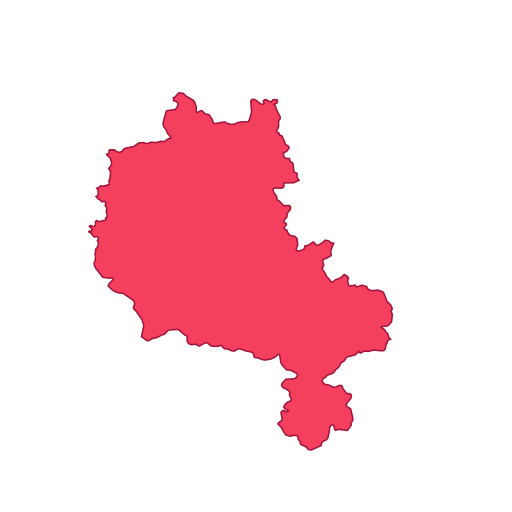 Nguyen Binh, Cao Bằng, Vietnam (orthographic projection), rotated 39°
{"feature_id": "81297802B34664406606726", "entity_name": "Nguyen Binh", "entity_type": "district", "adm_level": 2, "iso_a3": "VNM", "parent_name": "Vietnam", "parent_adm1": "Cao Bằng", "projection": "orthographic", "projection_center": [105.947, 22.647], "detail": "fine", "context": "isolated", "style": "filled", "palette": "rose", "viewbox_px": 512, "rotation_deg": 39, "n_neighbors": 0, "source": "geoboundaries", "source_scale": "gbopen_adm2", "svg_char_len": 6117}
<svg xmlns="http://www.w3.org/2000/svg" viewBox="0 0 512 512"><g transform="rotate(39 256 256)"><path d="M217.8,390.7L223.5,390.5L225.2,390.1L226.0,389.1L227.6,385.1L230.4,381.6L232.8,376.1L233.9,374.9L234.5,369.3L235.1,368.1L241.2,362.5L243.2,362.0L249.9,362.3L252.6,361.7L253.5,362.2L255.3,364.7L257.3,366.2L260.0,366.3L262.0,365.4L264.4,362.5L268.1,362.1L268.8,361.4L271.0,355.7L271.9,354.9L273.3,354.1L277.4,354.2L279.4,353.3L283.7,349.8L284.3,348.3L285.2,347.4L289.7,348.0L292.7,346.0L296.1,345.2L298.5,344.0L299.0,343.6L300.2,340.1L301.8,338.3L307.6,336.3L311.7,334.1L314.0,333.3L315.4,333.5L318.2,335.7L319.1,335.6L321.1,334.2L326.2,332.5L328.5,331.2L332.2,327.0L333.8,324.0L334.9,320.5L334.9,318.9L335.5,317.9L336.6,318.0L342.2,323.0L344.2,324.1L346.0,324.5L351.6,325.2L354.5,323.1L360.2,321.8L362.7,322.0L363.3,322.8L363.7,324.2L363.4,327.0L356.8,332.9L356.4,337.5L356.7,339.7L358.2,340.9L360.5,341.2L363.8,340.3L367.0,340.2L367.8,340.6L369.8,343.3L373.9,345.1L374.1,346.0L373.7,347.4L372.3,350.1L372.0,353.6L372.7,355.9L373.2,356.3L375.6,356.4L378.6,355.7L377.8,358.2L374.9,358.5L374.1,359.1L373.8,360.6L374.0,362.1L379.3,366.5L379.4,368.0L378.4,371.5L378.5,372.4L378.9,372.8L382.9,373.1L388.9,375.5L392.0,376.3L396.0,374.6L398.2,371.6L401.6,369.4L404.0,371.8L407.2,372.4L408.4,373.9L409.4,374.3L415.5,372.8L418.4,373.5L420.9,372.2L425.9,362.5L424.8,360.2L424.7,358.7L425.1,357.1L426.5,354.3L426.0,350.9L425.1,349.9L423.6,346.5L421.1,342.8L421.0,340.1L421.5,339.2L422.7,338.6L426.2,341.2L427.7,341.4L428.6,339.4L429.4,338.7L436.8,334.1L436.6,328.7L436.3,327.3L434.9,326.2L434.7,322.8L432.6,320.5L425.6,315.1L422.2,315.8L419.8,315.3L419.3,312.7L419.3,307.6L418.6,305.2L417.4,304.0L416.1,303.9L414.8,304.4L414.0,305.3L412.2,305.5L407.7,304.6L404.6,302.9L403.9,302.9L402.0,304.2L400.6,307.8L398.1,309.4L394.3,310.2L389.8,312.5L386.8,312.1L385.4,310.3L385.4,308.7L386.3,307.0L386.5,303.7L389.3,299.1L389.7,297.7L389.5,293.3L390.2,291.3L390.2,289.8L389.3,285.7L390.6,281.9L390.1,278.2L390.8,276.5L395.1,270.8L395.7,268.4L395.6,265.6L396.9,266.0L398.3,265.7L400.0,261.9L404.0,258.9L405.3,256.6L408.2,254.0L413.6,250.5L414.8,249.1L414.9,248.1L414.9,246.9L412.8,242.8L412.8,241.5L411.7,239.6L411.9,237.8L412.9,236.0L410.1,235.5L407.2,233.4L405.0,233.5L403.9,232.8L401.8,232.3L398.1,232.6L398.6,231.3L402.4,227.3L402.8,221.9L398.8,215.6L395.5,213.8L395.5,212.3L394.6,210.8L391.2,209.2L386.2,208.7L379.4,204.8L377.9,204.1L376.4,204.2L372.3,205.7L368.1,209.8L364.7,211.3L363.1,211.1L361.0,210.0L358.0,211.7L356.9,211.7L353.9,216.5L353.0,216.7L351.4,216.2L347.7,220.4L347.0,220.5L345.4,219.7L342.9,217.8L341.7,214.8L340.0,214.4L336.2,214.8L335.4,220.0L332.7,224.5L332.2,227.3L331.1,228.5L330.1,228.8L327.7,228.0L323.4,227.4L319.8,225.5L316.0,224.7L314.7,222.7L314.8,220.9L310.6,217.6L310.5,216.2L312.5,212.8L314.0,208.9L314.0,208.0L311.1,205.5L309.1,199.9L308.6,197.4L308.2,197.0L306.6,198.5L303.3,198.4L300.0,200.0L299.7,200.4L299.4,203.2L297.8,207.9L296.3,209.5L295.2,209.6L292.7,208.8L291.5,209.2L289.9,214.8L287.7,217.4L289.0,220.0L286.9,224.5L284.6,226.2L284.1,226.3L282.4,224.7L281.6,221.3L277.0,216.6L274.0,216.3L269.0,218.6L266.0,217.8L263.6,216.4L260.6,217.2L260.0,216.5L260.0,212.7L259.6,212.1L258.4,211.7L256.2,212.1L255.6,211.4L255.3,209.1L255.6,206.8L255.2,205.7L253.4,203.3L253.5,198.9L252.4,196.4L250.3,195.7L245.9,199.3L245.1,199.4L239.1,198.6L236.9,199.1L235.1,197.2L233.8,196.4L230.1,195.5L227.3,193.7L227.1,192.9L228.0,191.2L233.4,187.0L234.1,185.5L233.8,184.0L231.7,182.2L231.7,181.7L239.2,175.4L241.8,170.1L238.4,169.1L236.1,166.1L234.9,166.1L233.2,166.8L232.4,166.5L226.4,160.8L225.7,160.6L223.0,161.0L220.7,159.2L217.5,161.4L216.0,161.5L214.9,161.0L212.4,158.7L214.0,155.4L213.8,151.7L213.1,150.6L211.6,150.2L209.0,150.8L200.8,146.4L197.4,147.2L196.7,146.0L194.4,146.4L193.2,146.0L192.6,142.4L191.5,140.3L188.7,137.1L188.4,134.2L187.9,133.4L187.1,132.6L179.7,129.3L176.6,127.1L174.5,127.0L175.9,124.1L175.9,123.4L174.8,121.8L173.8,121.3L171.3,123.4L170.9,124.1L170.7,126.8L168.2,127.7L165.4,128.0L164.3,129.2L164.1,130.8L166.2,132.4L165.6,134.0L163.8,134.9L158.1,134.9L155.3,135.8L154.3,137.0L154.2,138.1L154.7,139.2L161.9,146.8L165.1,154.0L165.2,156.8L164.3,158.0L162.5,158.9L159.5,161.7L157.5,164.3L156.7,166.6L153.7,169.5L150.0,171.1L147.3,171.4L140.2,179.5L138.2,178.8L136.3,177.5L130.8,175.7L126.9,177.6L122.7,177.1L121.8,177.5L120.2,181.1L119.7,181.6L118.2,181.1L116.0,177.8L111.0,174.8L109.3,174.5L101.4,175.7L97.1,175.4L93.4,177.6L93.0,183.5L92.1,185.1L93.3,185.8L94.1,187.2L97.0,186.1L98.8,186.2L100.2,187.5L101.0,189.8L101.0,192.8L100.6,193.5L95.4,198.9L95.1,199.9L99.7,210.4L100.9,212.1L102.6,213.4L107.6,214.8L109.8,216.3L112.5,216.7L115.8,217.8L113.8,220.8L112.8,224.7L109.9,226.6L107.4,230.3L102.9,233.6L100.3,237.6L97.1,238.6L96.2,240.0L94.6,240.8L94.0,241.5L92.9,244.5L92.4,247.3L86.0,255.3L86.0,259.0L85.0,261.2L82.4,262.5L79.1,262.6L75.9,265.1L75.2,266.4L76.3,266.8L76.9,268.9L76.7,269.8L76.0,270.6L76.2,271.3L81.0,271.6L85.5,274.6L86.5,277.8L86.3,280.6L90.0,282.1L94.0,288.1L94.2,290.0L96.2,291.6L96.5,292.3L96.7,293.2L95.5,294.7L95.5,295.7L93.9,296.7L93.2,298.1L91.2,299.1L90.8,300.4L90.9,301.9L89.5,303.5L91.7,304.2L93.7,306.3L95.1,308.7L94.2,310.4L97.3,311.1L99.7,310.5L101.7,310.9L102.3,310.8L103.7,309.0L106.1,309.0L106.9,311.7L109.8,312.5L112.0,316.1L115.3,318.3L115.5,319.6L115.2,321.4L116.3,321.8L116.6,322.7L114.0,325.8L112.6,328.2L110.1,328.5L109.7,329.0L109.7,330.6L111.1,331.8L112.0,334.3L111.3,335.2L108.0,336.6L107.7,337.7L111.3,338.3L112.3,339.1L112.4,340.9L110.7,341.3L110.8,342.5L112.8,342.1L117.5,343.0L118.6,342.9L119.6,341.4L120.9,340.8L122.4,341.5L123.1,342.9L123.1,344.1L124.3,344.4L125.8,345.6L127.3,349.1L127.0,350.6L127.4,352.3L128.5,353.2L129.3,355.4L131.4,357.2L133.5,360.0L134.4,363.1L136.4,365.1L139.3,366.4L150.3,369.0L155.4,365.9L157.0,364.8L157.7,363.6L158.8,363.2L159.4,363.4L159.7,364.4L159.3,370.6L159.9,372.3L165.7,372.8L168.9,372.5L173.6,370.6L175.9,368.7L187.0,367.8L189.5,368.0L191.1,368.9L192.1,370.0L193.0,373.1L194.1,374.0L197.4,374.3L207.5,377.3L212.5,380.5L217.8,390.7Z" fill="#f43f5e" stroke="#9f1239" stroke-width="1.5"/></g></svg>